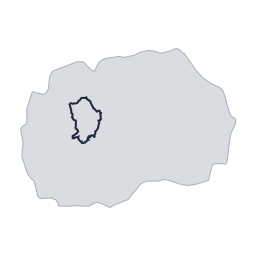 location of Makedonski Brod, Brod, North Macedonia, rotated 4°
{"feature_id": "65306769B48467279151544", "entity_name": "Makedonski Brod", "entity_type": "district", "adm_level": 2, "iso_a3": "MKD", "parent_name": "North Macedonia", "parent_adm1": "Brod", "projection": "equal_earth", "projection_center": [21.207, 41.644], "detail": "fine", "context": "in_parent", "style": "outline", "palette": "slate", "viewbox_px": 256, "rotation_deg": 4, "n_neighbors": 0, "source": "geoboundaries", "source_scale": "gbopen_adm2", "svg_char_len": 2452}
<svg xmlns="http://www.w3.org/2000/svg" viewBox="0 0 256 256"><g transform="rotate(4 128 128)"><path d="M114.1,57.3L118.8,57.9L128.9,55.1L135.2,51.3L138.4,50.7L142.6,49.2L148.8,49.4L155.0,51.1L162.9,48.9L170.6,45.3L173.7,46.2L177.1,49.2L179.3,50.1L192.3,66.3L199.4,72.9L207.8,77.9L217.3,81.5L220.7,85.0L226.9,102.4L229.9,109.0L233.9,110.9L234.9,112.8L235.1,115.3L230.7,127.5L229.1,155.0L228.0,157.1L223.2,157.0L216.9,157.6L214.5,159.7L212.1,174.5L201.9,178.7L192.7,181.1L184.9,180.6L171.1,177.1L166.6,176.7L162.8,178.7L150.6,179.7L145.2,182.3L132.7,199.6L119.9,205.6L115.5,208.6L105.7,204.8L101.1,204.4L94.3,208.8L79.5,209.3L75.5,210.1L64.0,210.7L63.6,208.4L61.4,204.9L56.1,203.2L45.2,204.6L42.6,202.1L38.1,187.4L34.6,185.0L30.7,180.1L24.2,164.1L24.0,157.2L24.5,151.1L20.9,136.8L23.1,133.2L26.6,130.9L26.6,125.2L25.7,116.5L29.8,99.4L30.9,98.2L31.9,99.0L41.6,100.3L44.1,98.2L45.8,94.8L46.3,82.3L48.6,76.6L72.2,65.6L79.1,65.2L84.4,70.3L88.6,73.5L91.1,73.4L92.0,70.1L94.9,63.9L99.7,60.3L114.0,57.3L114.1,57.3Z" fill="#d9dde1" stroke="#a8b0b8" stroke-width="1"/><path d="M100.1,115.2L100.1,114.9L99.1,114.5L98.7,113.2L97.9,112.7L97.2,112.9L95.8,113.8L94.5,112.4L93.7,111.9L93.1,111.1L92.0,110.8L91.5,109.2L90.8,108.6L90.5,107.7L89.0,105.5L88.6,103.9L87.2,103.4L87.1,103.0L85.2,102.3L84.3,100.4L83.5,101.1L83.1,101.0L80.4,101.1L79.1,101.6L78.3,103.2L77.4,104.1L76.7,104.5L76.2,105.9L75.8,106.4L74.5,107.1L72.7,107.2L71.1,107.8L69.9,107.3L69.1,107.3L68.5,107.7L68.1,108.7L68.5,109.6L68.7,110.6L69.5,112.0L69.6,113.5L70.2,114.2L70.4,117.0L71.6,117.7L71.8,120.2L71.8,120.5L71.5,120.7L71.5,121.5L72.4,122.2L72.8,123.1L73.4,123.7L75.0,124.0L75.6,124.8L75.6,127.9L76.0,129.4L75.7,129.9L75.6,131.1L75.9,132.3L76.6,132.4L77.9,133.6L77.8,133.8L78.3,134.3L78.5,135.1L77.3,136.6L77.2,137.1L76.4,137.4L75.2,138.6L73.4,139.7L73.5,140.0L73.3,140.9L73.8,141.2L73.7,142.0L75.3,141.9L76.1,140.9L78.1,140.7L79.2,140.1L79.0,141.9L80.7,144.0L82.0,144.8L82.8,144.7L82.8,145.9L84.1,146.3L86.2,145.5L86.3,144.7L87.4,144.4L88.3,143.2L88.4,142.0L89.3,142.2L88.6,141.0L89.0,139.9L89.8,140.0L90.2,139.6L90.1,139.2L91.0,139.6L91.4,138.2L92.0,137.8L93.3,138.0L94.9,139.2L95.1,139.3L95.3,139.0L95.0,137.3L95.9,135.5L95.6,135.0L95.8,133.3L96.2,132.9L96.8,132.7L97.2,131.7L97.8,130.8L98.5,127.6L98.4,126.8L99.0,125.4L98.7,124.0L98.1,122.7L99.8,122.1L99.8,121.7L100.4,120.9L99.9,119.7L99.8,118.8L100.0,118.2L99.3,116.0L100.1,115.2Z" fill="none" stroke="#1e293b" stroke-width="2"/></g></svg>